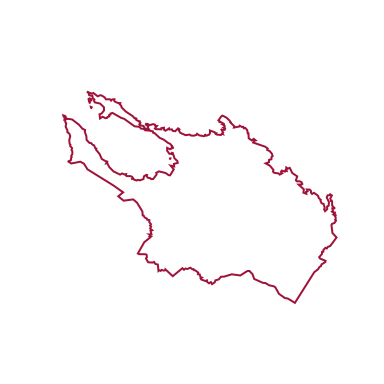 Rizal, Rizal, Philippines, rotated 127°
{"feature_id": "2640588B36426397400836", "entity_name": "Rizal", "entity_type": "district", "adm_level": 2, "iso_a3": "PHL", "parent_name": "Philippines", "parent_adm1": "Rizal", "projection": "robinson", "projection_center": [121.216, 14.557], "detail": "fine", "context": "isolated", "style": "outline", "palette": "rose", "viewbox_px": 384, "rotation_deg": 127, "n_neighbors": 0, "source": "geoboundaries", "source_scale": "gbopen_adm2", "svg_char_len": 6091}
<svg xmlns="http://www.w3.org/2000/svg" viewBox="0 0 384 384"><g transform="rotate(127 192 192)"><path d="M110.6,78.2L110.7,80.3L111.7,80.2L113.1,81.7L115.3,81.1L117.6,76.6L120.7,74.6L122.3,75.4L124.3,73.7L127.2,74.2L126.3,76.1L124.8,76.4L122.3,79.8L123.0,81.7L121.6,84.3L120.8,84.4L120.5,87.3L119.3,88.7L119.1,90.5L119.3,94.2L121.3,94.9L121.0,96.5L119.5,97.7L119.2,99.4L120.9,101.8L121.9,100.1L123.3,101.0L124.6,99.6L125.5,102.6L122.6,104.2L121.9,111.3L120.0,108.9L119.2,108.7L118.3,110.3L118.5,112.2L120.3,114.5L120.2,116.0L116.2,117.4L116.5,123.4L113.9,128.4L115.7,129.7L115.7,131.4L116.3,131.0L116.3,129.8L117.4,130.4L118.2,129.1L118.8,130.4L119.8,130.1L120.9,133.2L122.5,133.0L122.8,131.2L125.3,132.4L125.1,134.1L127.2,137.9L127.0,139.6L125.4,140.2L124.1,145.5L124.8,150.4L121.9,148.5L119.9,149.8L118.1,148.3L116.0,149.6L114.8,149.2L113.3,151.3L112.6,154.5L113.1,157.3L111.7,157.7L111.8,160.9L115.7,172.9L113.9,173.2L112.5,172.2L112.4,174.7L114.8,175.3L115.0,179.0L111.2,182.2L111.6,182.8L109.3,185.2L108.8,188.0L109.9,188.9L109.1,190.2L109.9,190.9L110.4,193.8L111.2,193.6L115.3,197.3L114.0,197.8L113.4,203.1L113.0,203.0L112.3,205.2L111.9,209.3L112.6,213.5L113.6,214.1L118.9,214.0L118.9,211.9L120.0,212.9L118.7,210.3L118.4,207.5L118.9,207.1L119.6,207.8L119.4,205.9L120.6,204.9L121.6,205.6L121.6,203.6L122.7,203.3L124.3,205.6L124.1,206.8L125.8,202.9L126.7,203.1L127.1,202.3L127.3,203.1L129.0,203.2L131.1,206.5L131.3,207.6L130.6,207.9L131.3,208.4L130.6,209.7L132.1,214.7L134.0,213.1L135.8,212.8L138.5,214.5L138.1,216.6L139.0,215.4L140.3,216.1L142.4,220.3L142.5,223.0L143.7,222.8L145.9,224.4L147.5,226.8L147.6,228.5L150.5,231.4L151.8,237.0L150.7,239.6L149.5,239.7L149.5,241.4L153.6,242.0L154.8,244.3L154.1,245.7L155.7,247.7L155.0,248.6L159.0,250.0L159.1,251.9L157.5,253.1L159.4,254.9L160.4,254.2L163.7,258.9L163.6,259.9L160.4,259.8L161.3,261.1L160.5,262.3L161.4,264.1L164.3,266.2L164.2,267.7L165.5,268.4L164.7,269.0L165.2,269.7L166.0,269.4L165.8,266.7L167.3,265.7L168.1,263.4L168.1,261.6L167.1,259.8L168.1,258.6L167.5,257.4L168.2,250.4L167.2,246.1L167.2,240.5L166.7,238.7L167.1,236.3L168.5,235.0L167.6,234.8L168.2,233.7L171.1,235.3L171.7,238.4L174.0,236.7L175.1,233.0L174.2,231.8L172.7,231.6L172.5,230.5L173.0,230.1L174.3,231.5L173.5,230.3L173.6,229.0L175.6,226.3L176.1,222.3L177.3,220.9L180.5,223.4L182.3,221.6L183.8,224.9L184.9,220.2L191.8,219.5L192.6,220.7L192.7,224.5L195.4,230.8L198.2,232.1L199.2,230.8L205.0,230.8L206.3,232.4L206.1,233.5L207.2,236.1L206.6,237.8L205.5,238.1L205.8,238.8L208.3,239.8L210.9,238.6L213.9,240.5L215.0,242.6L216.2,243.2L217.0,245.8L216.6,247.0L218.5,248.2L216.5,247.2L216.0,248.6L216.2,250.4L218.6,253.8L218.5,255.0L217.4,255.4L218.6,256.5L219.3,259.0L221.4,259.9L222.8,267.1L221.9,273.1L220.0,277.0L220.7,277.7L218.8,277.8L218.8,278.4L220.3,278.8L219.3,278.8L219.9,284.0L217.3,288.6L216.0,294.0L214.9,294.5L215.3,295.5L213.7,298.2L214.1,300.2L213.6,301.8L214.5,303.4L213.9,307.4L210.8,310.2L208.6,313.7L206.8,314.7L207.4,317.6L206.3,322.8L206.2,331.4L208.5,335.6L210.1,336.7L211.4,336.2L212.6,335.0L212.8,333.8L215.9,332.2L217.9,328.4L219.2,327.6L219.2,325.2L220.6,322.9L224.5,321.2L227.2,318.7L227.4,317.5L228.6,317.0L229.1,314.2L231.1,313.4L231.5,312.1L233.7,310.4L235.9,310.2L236.5,309.1L237.6,309.1L239.0,308.0L239.8,307.9L241.1,308.9L241.6,309.1L242.1,309.0L241.9,305.6L235.0,299.4L234.4,295.4L236.8,289.1L234.1,259.0L233.7,246.8L239.8,248.3L240.1,241.4L233.3,234.5L233.6,229.5L237.4,219.9L240.4,217.3L239.9,216.6L240.8,214.5L240.4,212.0L241.1,211.3L240.1,209.1L241.8,208.0L242.4,205.4L244.1,205.3L244.2,203.9L246.4,203.4L246.5,200.8L247.9,201.8L250.2,198.9L251.4,200.4L251.3,199.6L252.8,199.4L252.4,198.3L253.2,198.7L253.3,198.0L260.8,199.9L273.7,198.2L273.5,196.8L269.7,191.7L269.5,190.4L271.2,188.8L272.8,188.8L274.5,184.7L272.1,181.0L270.7,180.3L271.5,177.9L270.5,175.6L275.2,171.3L274.2,171.1L273.9,169.6L272.5,169.4L271.8,167.3L270.5,166.2L269.8,166.6L270.8,156.7L258.6,153.8L258.9,151.6L257.1,151.2L256.3,149.4L253.5,147.8L253.5,145.1L252.7,144.4L253.2,143.3L252.6,142.1L252.6,138.5L254.1,137.8L253.2,136.2L254.9,134.0L254.4,132.6L255.9,133.0L256.3,131.9L255.0,127.7L253.6,126.9L254.7,125.7L254.7,123.5L252.6,122.7L253.5,120.5L250.5,119.5L248.4,120.1L245.8,118.1L242.2,117.8L240.2,115.4L233.8,110.7L229.6,103.2L221.9,100.3L220.5,98.6L221.2,94.2L224.0,90.0L221.9,80.7L220.5,78.6L220.1,74.3L218.1,70.0L218.0,68.0L221.0,61.3L220.8,54.1L219.4,51.2L218.6,43.1L182.4,46.1L177.8,44.8L175.3,45.1L173.5,44.4L171.9,45.0L167.8,43.4L166.6,43.9L168.1,49.6L167.5,51.2L163.4,50.9L161.5,52.1L160.6,51.2L159.2,52.2L156.3,51.9L156.0,50.4L154.1,50.5L152.0,49.1L141.3,49.2L140.2,55.2L134.4,60.8L133.2,61.0L131.0,59.6L128.3,59.7L128.0,61.0L127.1,61.0L125.7,62.1L125.1,63.7L124.5,63.5L124.9,65.3L123.6,64.7L123.7,66.4L123.0,65.2L122.4,65.5L123.6,67.5L123.4,68.4L122.4,67.9L120.7,70.0L119.9,68.7L119.1,68.6L118.5,71.9L115.4,74.3L114.9,75.1L115.5,75.6L113.9,77.7L110.6,78.2ZM174.1,277.4L171.6,273.2L172.1,270.9L170.7,268.6L170.9,266.6L169.1,263.7L168.6,266.3L169.7,267.4L168.5,270.4L170.0,273.9L169.7,274.8L167.9,274.8L167.8,275.9L167.0,276.2L167.9,278.7L167.9,280.2L167.0,280.4L166.9,281.4L167.7,282.3L167.1,284.9L167.6,293.1L166.8,299.2L165.7,300.4L165.4,302.6L164.2,302.8L165.5,304.8L166.2,307.9L166.0,309.0L164.6,309.8L166.2,311.5L167.7,311.6L167.4,313.5L169.8,316.5L169.0,318.7L169.3,322.2L169.9,323.5L172.3,324.9L172.3,330.4L173.2,330.6L174.2,332.6L175.0,336.3L175.3,334.0L176.6,332.3L175.2,329.4L176.8,327.7L176.9,325.6L178.3,325.0L178.9,323.5L176.7,318.7L177.3,313.4L179.7,311.4L183.7,311.4L185.6,312.6L188.6,309.7L185.7,308.7L185.1,305.5L184.1,304.5L183.0,304.7L181.5,303.6L180.6,304.5L179.2,303.7L178.4,304.3L176.7,303.1L175.4,293.1L174.4,290.3L174.1,277.4ZM181.5,328.9L179.4,327.5L178.4,328.0L178.9,330.2L180.0,330.6L181.5,328.9ZM208.3,340.9L209.1,339.8L208.7,337.1L207.6,338.8L208.3,340.9ZM210.5,337.7L209.5,337.4L209.4,338.3L210.5,337.7ZM184.9,324.1L185.5,323.5L185.5,323.0L184.7,323.1L184.9,324.1ZM178.5,229.8L179.3,229.0L178.2,229.5L178.5,229.8ZM182.0,327.4L182.4,327.3L182.5,326.6L182.0,327.4Z" fill="none" stroke="#9f1239" stroke-width="2"/></g></svg>